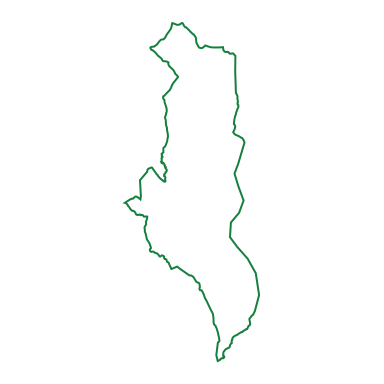 Gomoa West, Central, Ghana
{"feature_id": "2480657B81635079362570", "entity_name": "Gomoa West", "entity_type": "district", "adm_level": 2, "iso_a3": "GHA", "parent_name": "Ghana", "parent_adm1": "Central", "projection": "equal_earth", "projection_center": [-0.84, 5.386], "detail": "fine", "context": "isolated", "style": "outline", "palette": "green", "viewbox_px": 384, "rotation_deg": 0, "n_neighbors": 0, "source": "geoboundaries", "source_scale": "gbopen_adm2", "svg_char_len": 5941}
<svg xmlns="http://www.w3.org/2000/svg" viewBox="0 0 384 384"><path d="M217.7,361.0L219.4,360.2L219.6,360.2L219.9,359.8L220.3,359.5L220.5,359.4L220.7,358.8L221.2,358.7L222.2,358.1L222.6,358.1L223.2,357.4L223.5,357.6L223.8,357.4L223.9,357.7L224.1,357.5L224.3,356.7L224.2,356.5L224.0,356.2L223.3,355.8L223.1,355.4L223.4,353.7L223.3,353.1L223.3,352.6L223.6,351.8L224.5,350.8L224.9,350.1L225.8,349.2L227.0,348.5L228.1,348.1L228.8,347.7L229.1,347.6L229.4,347.1L229.6,347.0L229.9,346.5L229.9,345.4L230.2,344.8L230.5,344.5L230.7,343.9L231.3,343.3L231.8,343.0L231.8,342.7L231.6,341.5L231.6,341.2L232.1,340.0L232.0,339.7L232.3,339.4L232.5,339.0L232.4,338.3L233.2,337.1L234.8,335.9L237.3,334.8L238.1,334.1L241.2,332.2L242.1,331.9L242.4,332.0L242.6,331.5L245.8,329.4L246.2,329.4L246.4,329.1L247.1,329.0L247.5,328.4L248.2,326.5L248.5,326.1L249.3,325.6L249.7,324.9L249.9,324.9L250.1,324.4L250.2,323.5L249.9,321.7L249.7,321.1L249.5,320.0L249.5,319.5L249.4,319.1L249.4,318.7L250.4,317.5L250.8,317.1L251.5,316.0L252.6,315.1L253.1,314.5L253.4,314.3L253.6,313.6L254.8,311.3L259.1,295.1L255.8,273.3L247.6,258.6L237.3,247.0L230.0,237.2L230.9,222.5L239.1,212.8L243.6,200.5L238.2,185.8L234.5,173.6L238.2,163.8L244.5,142.5L243.7,140.4L242.9,139.1L242.3,138.2L240.9,137.5L238.9,136.2L235.7,134.8L235.0,134.4L234.6,134.1L233.2,132.2L234.7,129.1L235.3,126.3L234.4,124.5L233.9,124.1L234.2,120.9L235.0,116.5L235.7,114.8L236.2,112.4L236.8,111.1L237.2,109.5L237.9,108.2L238.3,107.3L238.4,106.5L238.3,105.1L238.0,105.0L237.9,104.5L237.5,104.1L237.5,103.1L238.0,102.1L237.8,101.5L237.7,99.9L237.4,98.8L237.5,96.7L237.4,95.9L235.9,92.8L235.2,70.6L235.4,55.9L233.8,54.2L233.2,53.4L229.8,53.7L229.0,53.0L228.3,52.0L225.2,51.9L224.3,51.3L223.4,50.1L223.0,47.2L219.2,47.5L219.1,47.4L213.9,47.5L210.4,47.2L205.2,45.5L204.9,45.9L203.4,47.2L202.2,48.0L200.8,48.1L199.2,47.6L198.2,46.2L197.3,44.4L196.7,43.5L196.3,41.8L195.9,37.7L193.9,34.6L193.4,34.5L191.1,32.4L189.5,30.7L186.6,27.8L186.0,27.3L185.4,27.3L185.0,27.0L184.5,26.5L183.8,25.5L183.3,24.3L182.9,23.5L182.2,23.0L181.5,23.2L180.3,24.1L179.2,24.6L177.6,24.9L176.3,24.6L174.7,23.9L172.3,23.1L172.1,23.6L171.5,26.8L171.0,28.4L169.1,31.4L167.0,34.1L165.1,37.7L164.1,38.8L163.1,39.4L161.4,39.6L160.8,39.9L160.5,40.1L158.9,41.9L158.3,42.6L157.9,43.4L156.4,45.0L155.9,45.4L154.7,46.0L154.1,46.6L151.7,46.8L150.6,47.3L150.3,47.9L151.4,49.9L152.7,50.2L153.8,51.3L155.0,52.1L158.0,55.7L161.2,58.3L161.7,58.9L162.3,60.2L162.9,60.9L163.2,61.1L163.7,61.2L166.1,61.4L167.5,61.8L168.3,62.3L168.5,62.5L168.3,63.3L168.3,63.8L168.5,64.5L168.7,65.1L169.5,66.5L170.1,66.8L170.2,67.1L173.0,69.7L174.0,71.0L175.3,73.8L175.6,74.2L176.7,75.1L178.1,76.9L177.8,77.5L177.0,78.4L173.3,83.0L172.0,85.2L170.9,88.1L169.7,90.1L166.2,93.6L164.4,95.7L163.7,96.0L163.2,96.4L163.1,97.0L163.1,97.9L163.6,99.2L164.3,99.7L164.6,102.3L165.2,104.0L166.3,107.2L166.7,109.6L166.7,112.0L166.0,113.1L166.2,114.1L165.8,114.9L165.3,116.6L164.9,117.4L165.7,119.9L165.9,122.5L165.9,123.7L166.1,124.5L166.1,125.3L166.3,126.1L166.7,126.9L166.9,127.5L167.0,128.4L166.9,129.5L167.7,133.4L168.0,136.4L167.4,139.2L167.2,141.2L166.0,144.5L165.3,146.1L164.6,146.9L163.6,147.7L163.5,148.0L163.4,148.5L163.3,150.1L163.4,152.3L161.7,153.8L161.9,154.3L161.9,154.5L161.7,154.8L161.9,155.4L161.8,156.0L162.1,156.1L162.0,156.7L162.5,157.1L162.4,157.3L161.9,157.6L161.9,157.9L161.5,158.4L161.8,159.8L161.7,161.3L161.1,161.6L161.6,162.9L162.6,162.6L163.0,162.7L163.1,163.1L163.1,163.5L163.9,163.5L164.0,163.5L164.7,165.0L164.5,165.6L165.1,166.0L165.0,166.4L165.1,166.8L165.8,167.2L165.8,167.4L165.3,167.8L165.5,168.2L165.8,168.5L166.1,169.2L166.2,169.3L166.5,169.4L166.7,169.8L166.8,170.2L166.5,171.5L166.2,171.9L165.6,172.1L165.4,173.1L165.2,173.4L164.6,173.8L164.5,174.3L164.2,174.6L164.4,175.2L164.4,175.4L164.0,175.9L164.1,176.1L164.7,176.2L164.9,176.4L165.4,177.4L165.4,177.7L165.1,178.9L165.2,179.5L165.1,180.1L165.4,180.7L165.4,181.4L165.2,181.6L164.3,181.6L163.6,181.4L162.9,180.4L162.2,180.1L160.2,178.5L157.9,175.8L157.8,175.3L156.2,173.7L155.4,172.4L155.2,172.2L152.1,167.7L151.8,167.5L151.0,167.6L149.6,168.3L148.8,168.5L148.2,168.9L147.6,169.8L147.4,170.4L146.9,172.3L146.0,173.1L140.0,180.2L140.9,196.6L140.4,199.4L138.5,197.8L137.2,197.0L136.6,196.7L135.8,196.5L135.2,196.6L133.0,198.7L132.8,198.7L131.9,198.6L131.2,199.1L130.7,199.1L124.9,202.8L125.6,203.0L126.1,203.2L126.7,203.9L127.5,204.7L128.1,206.0L129.0,206.8L130.2,208.8L131.2,209.8L131.6,210.5L132.0,210.7L132.4,210.7L133.0,210.9L133.7,210.9L134.5,211.7L134.8,211.9L135.3,212.7L135.9,214.1L136.3,214.5L136.9,214.7L137.2,215.0L138.0,214.7L138.7,215.0L140.0,214.5L140.5,214.8L140.8,215.1L141.0,214.9L142.4,215.0L143.0,215.3L143.2,215.6L143.5,216.2L143.8,216.5L144.2,216.5L144.8,216.7L146.0,216.4L147.2,216.6L147.2,218.1L147.1,218.5L145.9,222.1L145.9,222.5L146.2,224.2L144.8,226.7L144.6,227.2L144.5,228.4L144.9,229.4L144.8,231.4L145.0,232.0L145.7,233.7L145.9,235.1L146.2,236.0L146.8,239.1L147.2,239.8L149.5,243.3L149.9,244.6L150.6,246.6L151.0,248.1L150.0,249.2L149.9,250.7L151.2,251.9L152.8,251.5L153.8,251.8L154.1,252.1L154.4,252.5L154.9,252.8L156.1,253.1L156.9,253.3L158.2,254.4L158.9,255.4L159.5,256.4L160.6,256.4L161.7,255.4L162.6,255.6L163.5,255.9L164.1,256.6L164.0,257.6L164.3,258.5L164.7,259.0L165.3,259.0L166.3,259.4L167.0,261.7L167.3,262.0L168.1,262.3L168.6,262.6L169.7,265.4L170.8,267.6L171.1,268.6L171.4,269.0L177.1,266.6L178.7,267.7L179.1,268.2L189.4,275.4L191.2,275.5L192.8,276.5L193.6,277.3L194.2,278.2L195.6,280.7L196.4,281.9L196.7,282.1L197.5,282.5L198.3,282.6L198.6,282.7L199.2,283.4L199.5,284.0L199.9,287.0L199.6,287.8L199.4,288.9L200.1,290.2L200.7,290.2L201.9,290.6L203.9,294.7L204.9,298.0L206.2,300.1L210.6,309.4L212.8,313.6L213.2,315.4L213.6,320.2L213.5,321.2L213.5,321.8L213.9,323.9L214.2,324.5L214.4,324.8L215.4,325.6L216.7,328.6L217.8,332.3L219.1,338.1L219.4,340.4L219.4,340.9L219.2,341.4L219.0,341.7L217.9,342.6L216.3,355.1L217.7,361.0Z" fill="none" stroke="#15803d" stroke-width="2"/></svg>